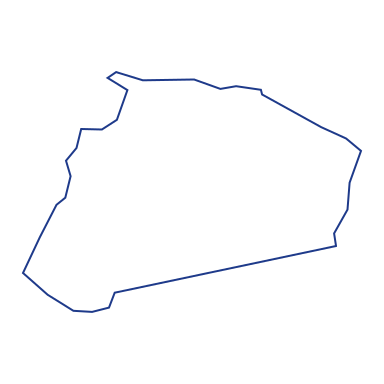 the district of Treutlen, Georgia, United States of America
{"feature_id": "52423323B24374118756393", "entity_name": "Treutlen", "entity_type": "district", "adm_level": 2, "iso_a3": "USA", "parent_name": "United States of America", "parent_adm1": "Georgia", "projection": "robinson", "projection_center": [-82.588, 32.403], "detail": "fine", "context": "isolated", "style": "outline", "palette": "blue", "viewbox_px": 384, "rotation_deg": 0, "n_neighbors": 0, "source": "geoboundaries", "source_scale": "gbopen_adm2", "svg_char_len": 502}
<svg xmlns="http://www.w3.org/2000/svg" viewBox="0 0 384 384"><path d="M116.1,72.1L107.6,77.9L127.4,90.1L116.9,119.8L101.9,129.5L81.2,129.0L76.5,148.0L66.0,160.7L70.6,176.2L65.3,197.7L56.5,204.8L39.8,237.3L23.0,273.0L47.7,294.8L73.4,310.8L92.1,311.9L109.0,307.6L114.7,292.7L336.0,246.0L336.0,245.9L334.1,233.4L347.5,209.6L349.6,182.7L361.0,150.9L346.1,138.5L321.1,127.1L262.1,94.5L260.9,89.8L236.1,86.2L220.4,88.9L194.1,79.5L142.9,80.3L116.1,72.1Z" fill="none" stroke="#1e3a8a" stroke-width="2"/></svg>